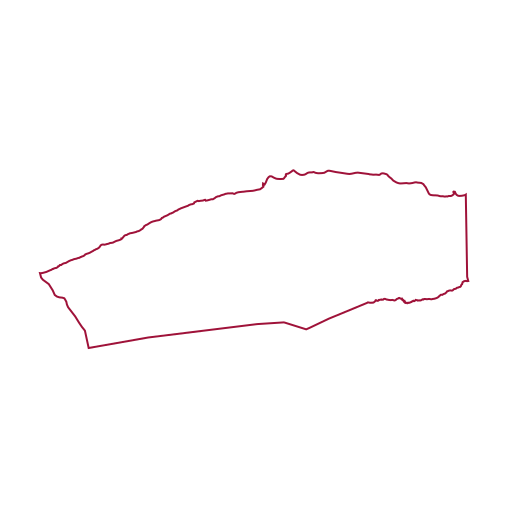 the district of Svalbarðsstrandarhreppur, Norðurland eystra, Iceland, rotated 82°
{"feature_id": "244011B70204278120324", "entity_name": "Svalbarðsstrandarhreppur", "entity_type": "district", "adm_level": 2, "iso_a3": "ISL", "parent_name": "Iceland", "parent_adm1": "Norðurland eystra", "projection": "orthographic", "projection_center": [-18.034, 65.737], "detail": "fine", "context": "isolated", "style": "outline", "palette": "rose", "viewbox_px": 512, "rotation_deg": 82, "n_neighbors": 0, "source": "geoboundaries", "source_scale": "gbopen_adm2", "svg_char_len": 5978}
<svg xmlns="http://www.w3.org/2000/svg" viewBox="0 0 512 512"><g transform="rotate(82 256 256)"><path d="M323.8,434.5L321.7,374.1L323.6,264.3L325.6,237.8L325.9,236.9L335.6,216.5L334.6,212.9L328.2,192.6L317.9,152.6L317.5,151.6L318.2,149.5L318.2,149.0L318.4,148.0L318.4,147.8L318.3,147.5L318.5,146.9L318.5,146.5L318.2,145.6L317.8,145.0L317.7,144.8L317.3,144.2L316.5,143.7L316.4,143.4L316.6,143.0L317.2,142.4L317.3,142.0L317.3,141.3L317.2,141.0L317.0,140.7L316.8,140.7L316.6,140.5L316.7,139.7L316.6,139.3L316.6,138.7L316.5,137.9L316.6,137.6L316.9,137.4L316.8,136.7L316.9,136.1L316.4,135.4L316.3,135.1L316.4,134.3L316.5,134.0L317.3,132.7L317.5,132.2L317.5,131.7L317.8,131.2L318.4,129.0L318.5,126.9L319.3,125.2L319.3,124.8L319.1,123.9L318.2,122.6L317.9,121.5L317.8,120.8L317.5,120.5L317.5,120.2L317.5,119.8L318.4,118.7L318.5,117.4L319.1,117.4L319.4,117.1L319.7,116.6L319.8,116.6L319.8,116.9L319.9,117.2L320.1,117.1L320.5,116.6L320.6,116.2L321.1,116.0L321.2,115.5L321.0,115.4L321.0,115.2L321.3,115.1L321.5,115.4L321.5,115.8L321.8,115.8L321.9,115.1L322.0,114.9L322.3,114.7L323.0,114.9L323.3,114.6L323.2,113.8L323.8,112.9L323.5,112.5L323.4,111.8L323.7,111.5L323.7,111.0L323.5,109.8L323.3,109.6L323.2,108.5L322.9,108.3L322.8,107.8L322.5,107.4L322.5,107.0L322.3,106.7L322.2,106.4L322.7,105.9L322.7,105.4L322.0,104.2L321.7,104.0L321.8,103.7L322.1,103.1L322.1,102.7L322.6,102.2L322.7,101.9L322.7,101.6L322.6,101.4L322.6,101.1L322.7,100.7L322.8,100.4L322.7,100.1L322.9,99.5L322.9,99.1L322.7,98.6L322.7,98.2L322.1,97.2L322.1,96.8L322.4,96.2L322.2,95.9L322.0,95.6L322.0,95.1L322.2,94.5L322.2,94.0L322.6,92.8L322.6,91.5L322.6,90.5L322.9,89.7L323.3,88.2L323.1,86.6L323.2,85.7L323.1,85.2L323.0,84.2L322.9,83.8L322.7,82.8L322.3,81.7L321.6,80.5L321.2,80.2L320.9,79.5L320.2,78.6L320.1,78.1L320.4,76.9L320.2,76.4L319.9,76.0L319.7,75.4L319.6,74.2L319.0,73.4L318.7,72.6L317.7,71.9L317.5,71.3L317.5,71.0L317.4,70.4L317.2,70.0L317.1,69.1L317.1,68.4L317.3,67.7L317.5,67.0L317.5,66.3L317.2,65.7L316.7,65.1L316.3,64.4L316.3,63.5L316.1,62.4L315.5,61.6L315.4,61.1L315.4,60.3L315.3,59.7L315.0,59.1L315.0,58.1L314.5,57.4L313.2,56.7L312.9,56.4L312.6,55.8L311.6,55.5L311.3,55.2L310.6,55.0L310.4,54.5L310.3,54.0L310.0,53.7L309.9,53.4L309.8,52.0L310.3,50.4L310.3,49.3L306.0,49.8L224.4,39.7L224.7,40.3L224.9,41.9L225.0,43.9L224.8,46.4L224.4,47.6L223.4,48.8L222.0,49.6L220.1,50.1L219.7,51.3L219.9,51.6L220.6,51.6L221.4,51.2L222.0,51.3L222.6,51.9L223.6,53.9L223.7,55.0L223.4,56.6L223.7,58.4L223.4,59.4L223.5,60.5L223.3,61.3L222.8,62.7L222.7,63.9L222.4,65.4L221.4,67.6L221.0,69.4L220.5,72.3L219.9,74.4L219.2,75.4L218.3,76.1L211.6,78.3L209.3,79.7L208.2,80.2L206.7,82.1L206.2,84.0L205.8,85.8L205.4,86.8L205.2,88.2L205.5,91.1L205.5,93.5L205.4,94.6L204.7,96.9L204.4,101.3L204.2,103.3L203.6,105.0L202.7,106.7L200.4,109.6L198.1,111.2L196.5,112.8L195.0,114.0L194.0,114.5L193.2,115.3L192.0,118.0L191.7,119.5L191.8,120.5L192.8,122.3L192.8,123.0L192.1,125.8L191.9,127.9L191.8,128.7L191.1,131.2L191.1,131.7L190.5,133.0L189.4,137.0L187.6,143.6L187.5,145.8L187.8,149.7L187.8,152.0L187.3,154.1L185.4,160.4L184.0,165.2L182.2,170.2L181.7,171.8L181.6,172.8L181.9,173.9L183.1,176.8L183.1,179.0L182.8,182.4L182.5,183.7L181.9,185.5L181.0,187.0L180.8,187.6L181.0,188.5L180.9,189.6L180.7,191.2L180.7,192.3L180.9,193.4L181.9,195.6L182.2,196.9L182.2,198.5L182.0,199.8L181.6,201.1L180.7,202.3L179.5,203.9L176.4,206.8L176.4,207.4L176.6,208.0L177.1,208.7L178.4,211.3L178.9,212.7L179.0,214.6L179.2,215.0L180.1,215.3L180.7,215.1L181.2,215.5L181.9,216.5L183.0,217.5L183.4,218.2L183.2,221.0L182.6,224.1L182.2,225.3L181.6,226.3L180.7,227.7L179.5,229.2L179.2,229.9L179.1,230.5L179.0,231.2L179.2,231.7L179.7,232.6L181.3,234.2L184.6,236.1L186.5,237.6L185.8,238.5L185.6,238.4L185.2,238.9L186.8,239.3L188.4,239.0L189.5,240.8L190.5,242.7L190.6,245.8L190.9,248.2L191.0,250.2L190.6,256.3L190.6,259.3L190.5,260.8L190.4,264.6L190.7,266.7L191.2,267.7L191.5,268.9L190.5,270.9L190.6,271.7L190.4,272.6L190.3,273.9L190.1,275.2L190.2,276.4L190.2,277.6L190.6,278.9L190.8,280.5L191.0,282.0L191.7,284.0L191.6,285.4L192.1,287.4L193.0,288.9L193.8,290.8L193.6,292.5L193.9,294.2L194.2,296.7L194.2,298.1L193.3,298.5L193.3,299.2L193.5,300.0L193.7,300.9L193.6,303.1L193.7,305.0L193.2,306.2L194.0,308.6L194.3,309.6L195.3,310.1L195.8,311.8L195.8,313.4L196.2,315.2L196.8,316.4L197.2,318.5L198.4,324.0L198.8,325.0L199.1,326.3L199.9,327.6L200.3,329.7L201.6,332.5L201.8,333.7L202.0,333.9L202.2,335.7L202.8,336.7L203.5,338.6L204.3,341.7L205.0,342.8L205.2,343.5L205.2,343.9L206.3,345.0L206.9,346.6L207.0,347.5L207.1,350.2L207.3,351.3L207.4,352.8L207.8,354.8L208.6,356.9L209.3,358.3L209.8,359.5L210.1,360.8L211.1,362.7L211.5,362.8L213.3,364.7L213.7,366.0L214.2,366.6L215.0,368.7L215.1,370.3L215.5,371.4L215.9,375.0L216.0,377.9L216.3,378.6L216.4,379.4L216.9,380.5L217.2,381.2L217.1,381.7L217.4,383.1L217.7,383.6L219.7,385.8L219.9,386.4L219.9,386.8L220.5,386.8L221.0,388.1L221.1,388.9L221.3,389.5L221.6,392.1L222.1,393.8L222.8,395.7L222.9,397.0L222.8,398.7L223.2,399.9L223.4,401.2L223.4,402.0L223.6,402.9L223.7,404.8L223.4,405.5L223.3,406.2L223.4,407.4L223.9,408.4L224.9,409.2L225.5,409.9L226.0,410.5L226.4,411.3L226.8,412.3L227.1,413.8L227.6,414.8L227.8,415.8L228.3,416.6L228.9,418.3L229.6,420.0L230.0,421.5L230.3,423.5L230.7,424.9L231.2,425.4L231.9,426.6L232.2,427.7L232.2,428.3L232.4,428.7L232.6,429.3L232.6,430.0L233.2,431.0L233.2,432.2L233.7,434.6L233.7,435.5L233.8,436.7L234.3,438.6L234.4,439.7L235.0,441.9L235.5,443.1L236.4,445.3L236.5,447.1L236.9,448.6L237.5,449.7L237.8,450.2L237.6,451.3L237.7,451.6L238.4,452.2L238.7,453.0L238.7,453.4L239.3,453.8L240.0,455.3L240.0,456.3L240.3,458.1L240.6,458.6L240.5,459.2L241.2,460.5L241.4,461.6L242.6,465.8L243.0,468.9L243.1,469.9L243.1,471.6L242.9,472.3L247.4,471.8L249.8,470.4L255.0,465.1L261.7,462.1L266.6,460.7L268.5,458.7L269.6,456.4L270.3,453.6L271.2,451.7L272.8,451.0L274.9,450.2L277.7,450.0L280.6,449.2L290.8,443.4L297.4,440.5L302.1,438.2L304.9,436.5L306.2,435.8L323.8,434.5Z" fill="none" stroke="#9f1239" stroke-width="2"/></g></svg>